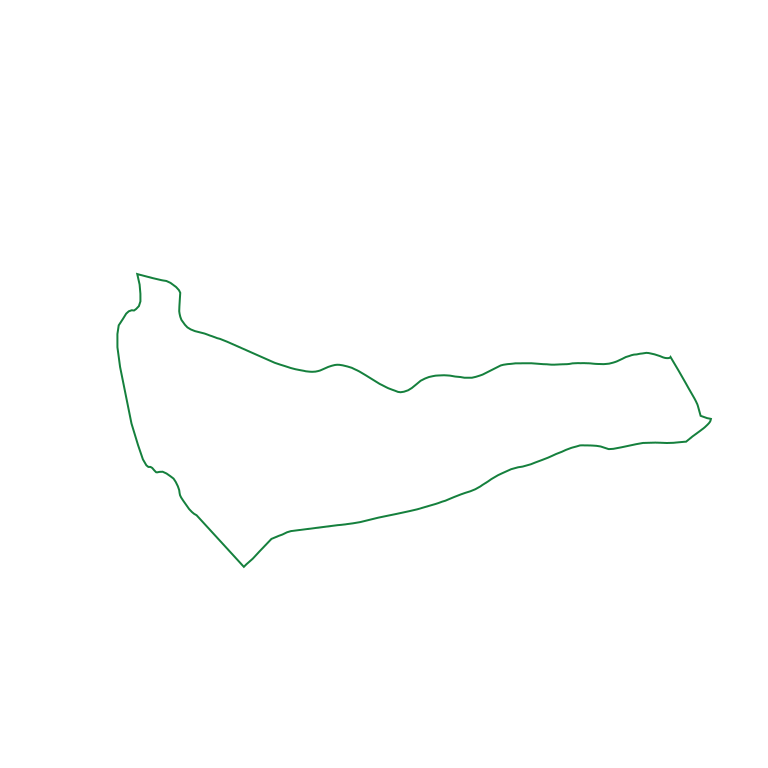 the district of Binh Dai, Bến Tre, Vietnam, rotated 138°
{"feature_id": "81297802B66163336026361", "entity_name": "Binh Dai", "entity_type": "district", "adm_level": 2, "iso_a3": "VNM", "parent_name": "Vietnam", "parent_adm1": "Bến Tre", "projection": "equal_earth", "projection_center": [106.602, 10.168], "detail": "fine", "context": "isolated", "style": "outline", "palette": "green", "viewbox_px": 768, "rotation_deg": 138, "n_neighbors": 0, "source": "geoboundaries", "source_scale": "gbopen_adm2", "svg_char_len": 3718}
<svg xmlns="http://www.w3.org/2000/svg" viewBox="0 0 768 768"><g transform="rotate(138 384 384)"><path d="M493.8,630.8L499.1,621.4L504.7,614.0L509.7,608.4L514.0,605.9L518.1,605.6L520.6,605.9L522.1,607.6L525.0,608.8L528.5,608.8L534.3,607.1L541.9,605.1L548.7,599.5L557.5,589.7L568.7,573.3L598.1,523.6L607.7,503.1L613.6,489.3L615.0,482.6L614.6,480.0L613.0,478.6L612.4,476.7L612.5,473.5L612.4,471.0L611.8,470.2L609.6,468.9L607.2,466.9L605.5,463.0L604.4,458.2L603.7,454.5L604.3,450.6L605.6,446.0L607.2,442.2L608.9,439.7L610.0,437.8L610.7,435.4L611.3,431.5L612.5,421.5L612.4,417.5L612.0,414.6L611.1,411.9L610.5,341.9L606.8,342.1L598.4,342.0L588.6,342.9L571.3,344.2L563.9,341.6L560.2,340.1L555.3,338.7L551.5,336.9L512.9,310.1L511.7,309.2L510.1,308.0L508.4,306.8L506.6,305.5L505.5,304.8L500.4,301.3L494.1,297.3L487.4,293.7L477.7,288.5L468.8,283.3L462.0,279.3L458.0,277.0L449.8,272.3L443.1,268.6L430.2,262.4L426.1,260.4L423.2,259.1L419.4,257.6L416.5,256.2L412.1,254.7L407.3,253.0L400.7,250.5L396.4,248.7L391.6,246.5L386.6,244.7L380.9,243.4L378.3,243.1L372.1,242.0L367.9,241.5L361.6,240.2L360.2,239.9L356.2,238.7L351.5,237.2L346.5,235.6L340.1,232.4L336.3,229.9L328.6,226.1L324.0,224.4L317.7,221.9L311.4,219.5L307.4,218.2L302.9,216.8L297.1,214.6L292.9,213.3L287.8,211.3L286.5,210.7L282.6,208.7L279.4,207.2L278.0,206.0L274.5,202.8L270.7,199.2L267.5,195.9L264.8,192.6L263.2,189.8L261.3,186.5L260.7,185.4L259.4,184.3L257.0,182.4L249.6,177.9L236.8,170.5L231.0,166.9L221.6,158.9L217.5,155.0L213.3,150.9L208.1,146.5L206.3,145.2L204.3,143.7L199.6,140.2L198.7,139.5L198.1,139.0L189.8,138.6L184.1,138.0L180.0,137.6L177.5,137.4L176.8,137.3L174.4,137.2L170.7,137.3L168.5,137.5L166.7,137.9L165.6,138.5L164.4,139.3L164.8,139.9L166.7,142.4L169.3,147.2L170.0,148.5L165.5,157.5L164.7,159.3L164.4,160.4L163.8,162.3L163.0,165.4L160.5,177.0L159.2,182.7L156.1,197.0L154.5,205.0L153.0,212.4L153.8,212.2L154.2,212.3L154.7,212.6L155.4,213.0L156.0,213.5L156.7,214.2L157.6,215.2L158.7,216.9L159.2,217.9L160.2,220.0L160.6,220.7L163.1,225.0L165.3,228.1L166.6,229.9L168.2,231.6L171.4,233.7L173.5,235.2L176.4,236.9L178.6,238.6L180.8,239.8L183.0,240.7L186.2,242.2L189.1,243.0L189.6,243.1L193.5,244.3L195.5,244.9L197.1,245.5L199.3,246.5L203.1,248.5L206.2,250.8L207.7,252.0L210.2,254.4L211.6,255.7L213.7,257.8L215.1,259.3L216.7,261.1L218.2,262.6L220.2,264.5L221.2,265.5L224.4,268.3L225.6,269.5L230.1,273.2L232.7,274.8L234.5,276.1L239.1,280.0L244.5,284.4L247.1,286.8L249.7,289.6L252.4,292.2L260.6,300.8L272.7,311.6L272.8,311.6L276.3,314.1L278.9,316.1L282.4,318.4L284.9,319.7L304.4,325.0L307.3,326.2L311.0,327.9L314.6,329.9L317.7,332.7L320.0,334.8L322.6,338.1L326.1,341.9L329.3,346.0L331.5,348.3L333.7,350.5L334.7,351.3L337.6,353.7L340.1,355.7L342.9,357.4L345.9,359.1L349.8,360.6L354.6,361.9L360.0,362.1L366.0,362.4L370.3,363.2L374.3,364.9L377.2,366.8L378.9,368.8L380.4,371.8L381.8,374.4L383.7,378.1L384.7,380.6L384.8,380.9L386.2,384.6L387.1,386.8L391.7,402.6L392.1,403.9L393.9,409.7L394.9,412.3L395.9,414.6L397.1,417.6L398.2,419.4L399.4,421.4L402.2,425.5L404.5,428.3L406.0,429.7L407.8,431.0L410.6,432.5L414.0,434.0L419.5,435.8L422.5,436.8L424.3,437.7L426.7,439.1L429.3,441.2L431.2,443.1L433.7,445.9L434.5,447.1L436.9,450.2L439.9,454.2L442.6,458.3L443.8,460.4L445.7,463.7L448.2,467.9L450.8,472.5L451.2,473.3L472.3,520.4L475.6,527.1L475.9,527.6L477.3,529.7L478.2,531.5L479.0,533.0L480.0,534.9L481.0,536.6L482.0,538.6L482.8,540.1L483.6,541.6L489.1,549.8L491.1,553.9L492.2,557.6L492.3,561.2L491.7,566.7L491.6,567.3L490.4,570.3L488.9,573.0L487.5,575.1L484.1,578.6L478.3,584.3L474.4,588.1L473.6,590.9L473.6,592.8L473.6,595.1L475.0,602.0L476.8,606.2L478.6,608.4L479.7,609.8L485.0,617.4L493.3,630.0L493.8,630.8Z" fill="none" stroke="#15803d" stroke-width="2"/></g></svg>